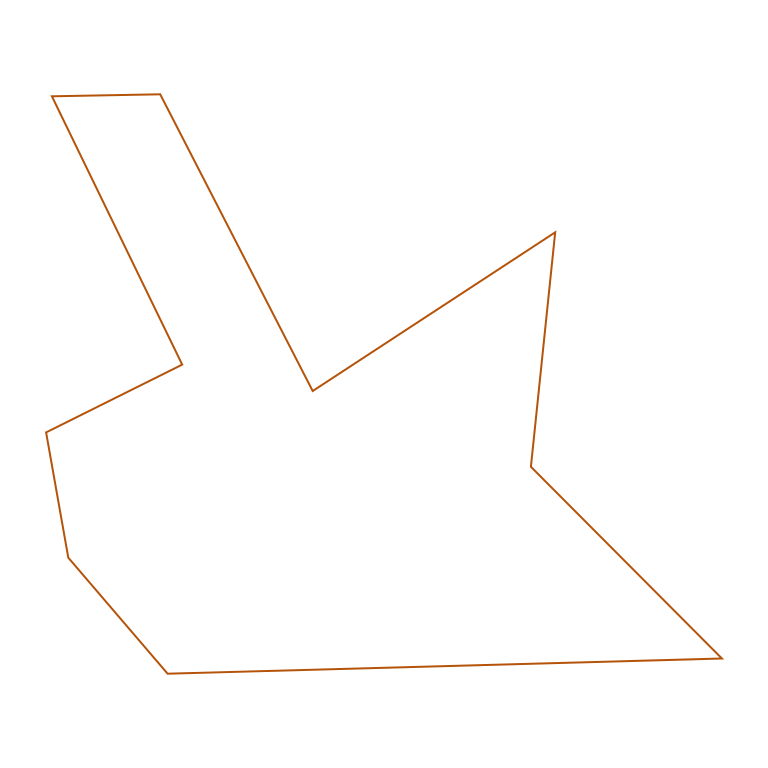 Williamsburg, Virginia, United States of America (Robinson projection)
{"feature_id": "52423323B40435366156553", "entity_name": "Williamsburg", "entity_type": "district", "adm_level": 2, "iso_a3": "USA", "parent_name": "United States of America", "parent_adm1": "Virginia", "projection": "robinson", "projection_center": [-76.709, 37.278], "detail": "fine", "context": "isolated", "style": "outline", "palette": "amber", "viewbox_px": 768, "rotation_deg": 0, "n_neighbors": 0, "source": "geoboundaries", "source_scale": "gbopen_adm2", "svg_char_len": 254}
<svg xmlns="http://www.w3.org/2000/svg" viewBox="0 0 768 768"><path d="M721.9,658.5L530.9,466.8L555.2,232.3L312.7,391.0L160.2,94.3L51.9,96.3L182.2,364.6L46.1,432.4L68.3,557.7L167.6,673.7L721.9,658.5Z" fill="none" stroke="#b45309" stroke-width="2"/></svg>